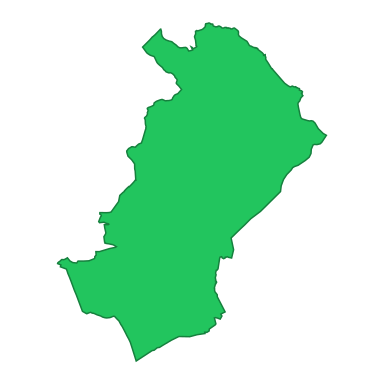 Forotic, Caras-Severin, Romania (Albers equal-area conic projection)
{"feature_id": "2599482B22481808364653", "entity_name": "Forotic", "entity_type": "district", "adm_level": 2, "iso_a3": "ROU", "parent_name": "Romania", "parent_adm1": "Caras-Severin", "projection": "albers", "projection_center": [21.553, 45.227], "detail": "fine", "context": "isolated", "style": "filled", "palette": "green", "viewbox_px": 384, "rotation_deg": 0, "n_neighbors": 0, "source": "geoboundaries", "source_scale": "gbopen_adm2", "svg_char_len": 5834}
<svg xmlns="http://www.w3.org/2000/svg" viewBox="0 0 384 384"><path d="M162.8,345.3L171.2,340.3L178.9,336.5L189.7,336.7L197.1,334.7L205.0,333.5L204.7,332.2L205.3,332.2L206.8,332.4L209.1,331.0L209.3,329.0L215.2,324.9L215.9,323.9L214.4,317.9L215.5,317.6L217.6,318.1L220.2,319.1L221.9,316.1L221.8,315.7L221.2,315.0L220.8,314.1L225.1,311.9L217.3,296.8L217.2,294.7L214.9,291.7L214.6,290.3L214.6,288.5L214.3,288.2L215.6,283.4L215.9,283.6L216.5,282.4L216.3,282.3L216.4,281.5L215.5,280.9L215.8,280.3L215.3,277.7L216.1,274.8L215.8,274.1L215.6,272.9L216.3,270.2L217.1,270.1L217.2,269.9L218.0,268.9L219.7,258.0L220.1,257.1L221.6,256.7L221.9,257.1L222.1,257.8L223.7,258.7L224.4,258.3L225.1,258.0L225.2,257.2L226.2,257.2L226.4,257.1L227.3,256.7L228.3,257.3L231.6,258.0L233.6,249.7L231.1,238.0L240.0,229.3L244.9,224.7L250.7,218.8L260.5,211.4L280.5,191.6L281.2,185.8L283.5,179.5L286.8,174.5L291.2,170.0L292.6,167.7L294.6,166.5L298.1,165.3L305.4,160.4L309.2,157.2L311.0,153.5L311.3,149.2L313.1,144.9L314.5,144.4L316.9,144.6L320.2,143.8L321.8,142.3L326.4,135.3L323.2,133.5L318.3,128.7L315.0,123.0L313.0,121.1L311.1,120.7L309.8,121.0L307.7,120.6L302.1,118.9L300.8,117.6L299.9,114.3L299.2,110.9L298.5,107.6L297.9,104.0L298.0,103.4L298.2,102.9L298.5,102.4L298.8,101.9L299.7,101.0L300.6,98.5L301.0,97.7L302.9,95.7L302.2,94.9L302.1,94.3L302.1,93.4L301.6,93.2L302.5,91.9L302.2,91.4L301.5,90.8L300.3,90.5L299.4,90.1L299.6,89.3L299.5,88.8L299.0,88.4L298.5,88.4L297.9,88.1L297.3,87.7L296.9,87.7L296.1,87.4L296.0,86.9L295.5,86.7L295.0,86.8L294.5,86.9L294.2,86.9L293.3,86.6L292.7,86.1L292.1,86.2L291.3,86.4L290.8,86.8L290.0,86.8L288.3,85.9L284.6,83.2L273.2,70.1L272.2,68.7L271.7,68.8L268.3,63.2L265.7,59.3L265.8,57.2L265.3,56.3L265.2,54.7L263.6,55.3L263.6,54.4L262.4,52.9L259.1,50.3L258.1,49.6L257.8,49.2L257.8,48.6L256.6,47.9L256.2,48.3L255.9,47.9L255.4,47.7L255.2,47.6L254.9,47.8L254.4,47.5L254.1,47.6L252.0,46.7L251.6,46.3L250.2,46.0L248.9,44.8L248.3,43.5L246.9,41.3L241.3,37.8L239.0,35.9L238.4,34.4L238.5,32.3L238.3,31.2L236.7,29.7L235.4,28.8L234.6,28.1L233.7,28.1L233.0,28.3L232.2,28.9L230.8,28.9L230.7,28.7L230.1,28.3L229.7,28.1L228.9,28.3L228.2,27.8L227.7,27.9L227.6,28.1L226.9,28.1L226.6,27.5L225.3,27.4L224.6,27.5L223.6,28.0L223.1,28.1L221.9,27.9L220.8,26.8L219.0,26.0L218.0,26.2L217.8,26.6L215.7,26.9L214.4,26.3L213.6,26.2L213.1,25.7L212.9,25.1L212.9,24.4L212.7,24.1L210.8,24.1L210.7,23.7L210.3,23.6L209.6,23.1L208.7,23.0L207.7,23.4L206.8,23.5L205.7,23.8L205.3,25.2L205.5,25.6L205.2,26.7L203.4,28.6L202.1,29.5L198.7,30.6L197.7,30.9L197.3,30.7L196.8,30.5L196.2,31.1L195.7,31.1L195.5,31.3L195.6,32.5L195.6,34.2L195.0,35.3L194.5,36.8L195.5,40.1L196.0,44.3L196.0,45.5L196.5,45.9L196.7,46.2L196.7,46.7L196.4,46.9L195.8,47.3L195.6,47.4L193.7,48.6L193.4,48.7L192.1,47.4L191.2,46.9L192.1,48.8L192.6,50.0L191.5,50.4L189.4,50.9L188.7,51.0L187.1,48.3L185.8,47.4L184.0,47.5L182.0,47.8L179.8,47.8L178.1,47.0L176.1,45.0L173.8,43.4L171.8,41.7L168.9,41.0L166.1,40.0L163.7,38.5L162.2,36.4L161.5,33.9L161.4,31.2L160.6,28.5L160.6,29.0L155.1,34.7L152.6,36.9L152.4,36.9L149.9,39.8L142.6,47.1L146.6,52.6L147.3,53.3L150.0,55.1L150.7,55.4L154.0,56.5L154.5,57.2L156.8,62.1L157.6,63.3L159.5,65.1L162.4,67.5L162.7,67.9L163.8,69.7L164.3,70.1L164.9,70.5L166.0,71.8L167.5,72.4L168.5,72.8L169.2,72.9L170.3,72.7L171.4,73.1L172.6,73.8L174.3,75.5L174.7,76.1L175.0,77.1L175.3,77.5L176.2,78.5L176.8,79.2L177.1,79.6L177.1,80.1L177.0,80.7L176.3,82.7L176.3,83.1L176.4,83.6L176.6,83.8L178.8,86.0L180.9,88.6L181.6,89.4L177.8,93.7L175.7,94.5L174.8,95.0L174.4,95.4L173.8,96.1L173.1,97.3L172.8,97.7L172.6,98.1L172.2,99.3L172.0,99.6L171.6,99.8L170.9,100.1L169.2,100.5L168.4,100.6L167.1,100.6L166.0,100.8L165.5,100.8L165.1,100.7L162.4,99.5L161.6,99.5L159.8,100.0L156.9,101.1L156.4,101.3L154.6,102.6L154.2,102.9L154.0,103.6L153.9,104.4L153.8,104.9L153.4,105.4L152.2,106.0L150.7,106.7L148.6,107.4L147.5,108.1L147.3,108.4L147.3,108.8L148.0,110.2L148.1,110.8L147.3,112.7L147.3,112.9L147.5,113.6L147.4,114.2L147.2,114.8L146.8,115.3L146.5,116.1L146.2,116.3L144.7,117.6L144.5,118.1L144.6,118.5L144.9,119.1L145.2,119.6L145.4,123.9L145.6,124.9L146.1,126.7L145.9,127.6L145.8,127.9L145.9,128.7L145.9,128.8L145.5,129.6L142.6,139.6L141.4,143.0L138.6,144.1L135.9,146.5L135.8,146.9L135.2,147.2L132.4,146.7L131.5,146.8L130.2,147.7L129.0,148.3L128.5,148.7L126.7,151.0L126.9,152.6L128.0,156.2L131.7,159.8L134.6,163.9L134.6,164.1L134.7,168.8L135.2,171.1L135.7,178.9L135.9,180.2L135.4,180.3L135.3,180.1L133.9,181.9L131.4,184.6L129.1,186.9L128.8,186.6L128.1,187.2L126.7,188.5L124.4,190.9L124.4,191.4L122.9,192.5L119.8,195.4L118.6,201.6L111.1,212.0L109.4,212.5L106.6,212.7L99.9,212.6L99.8,214.0L101.1,215.0L101.3,215.9L100.5,217.0L98.7,221.6L99.5,222.7L104.1,222.2L105.1,222.8L106.6,223.4L108.3,223.7L108.8,224.2L108.4,224.6L104.3,224.7L104.7,227.7L105.8,232.5L105.6,233.9L103.9,236.7L104.6,242.1L105.0,242.4L105.0,243.1L105.6,243.1L105.9,243.4L107.1,243.6L108.7,243.8L112.9,244.7L114.0,245.2L116.4,246.7L115.3,247.4L109.8,248.5L99.5,251.6L95.9,251.6L96.1,255.1L94.8,256.6L94.8,257.9L94.2,258.7L89.0,260.8L83.2,261.1L78.0,261.1L76.7,263.0L72.8,262.6L70.0,261.0L67.4,257.8L65.1,259.2L63.5,259.7L61.9,259.5L61.4,259.8L60.1,261.1L59.0,261.8L57.9,262.7L57.6,263.6L60.9,264.9L60.4,266.8L66.0,268.9L66.4,269.2L66.6,269.6L67.0,270.7L67.9,273.5L69.4,277.0L71.1,281.4L74.3,290.1L76.4,295.1L82.1,310.4L82.4,311.2L82.5,311.3L82.9,311.6L86.6,313.7L86.9,313.7L89.0,312.8L90.7,312.3L92.1,313.1L93.6,313.3L94.9,313.8L97.0,314.8L99.8,315.7L100.5,315.9L102.7,317.1L104.8,317.7L106.1,317.9L107.1,317.9L109.9,317.6L111.1,317.2L112.2,316.7L113.8,316.2L114.7,316.5L116.9,318.9L118.1,320.1L119.0,321.0L120.9,324.6L121.8,325.9L122.3,326.7L124.1,330.1L125.9,333.6L126.8,335.5L128.8,339.1L130.3,342.3L132.2,348.2L136.2,361.0L152.1,350.6L154.2,350.2L157.3,347.7L159.5,347.4L162.8,345.3Z" fill="#22c55e" stroke="#15803d" stroke-width="1.5"/></svg>